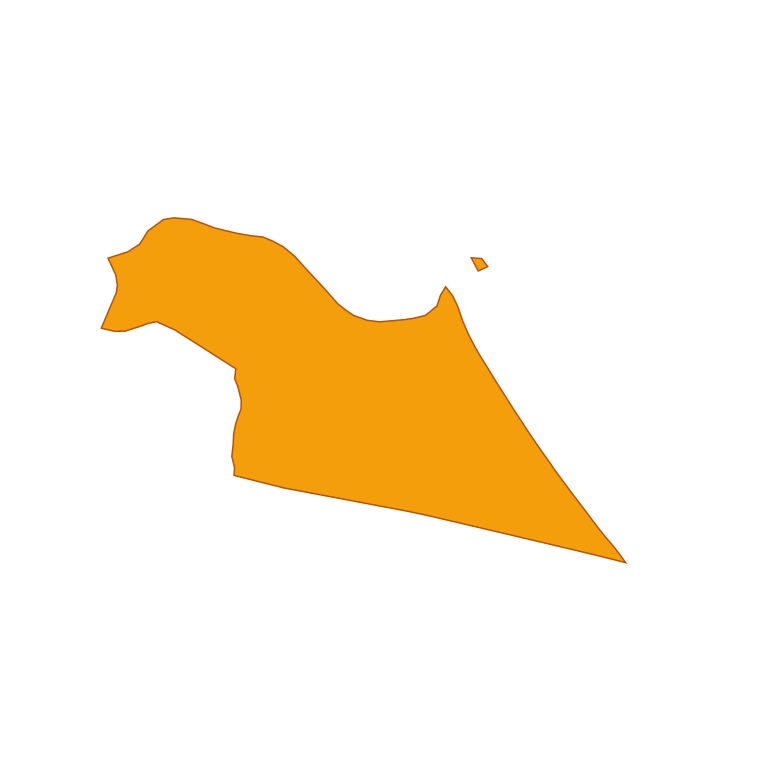 outline of Balneário Barra do Sul, Santa Catarina, Brazil, rotated 303°
{"feature_id": "56859067B13667370892418", "entity_name": "Balneário Barra do Sul", "entity_type": "district", "adm_level": 2, "iso_a3": "BRA", "parent_name": "Brazil", "parent_adm1": "Santa Catarina", "projection": "equal_earth", "projection_center": [-48.641, -26.454], "detail": "fine", "context": "isolated", "style": "filled", "palette": "amber", "viewbox_px": 768, "rotation_deg": 303, "n_neighbors": 0, "source": "geoboundaries", "source_scale": "gbopen_adm2", "svg_char_len": 1237}
<svg xmlns="http://www.w3.org/2000/svg" viewBox="0 0 768 768"><g transform="rotate(303 384 384)"><path d="M365.8,684.0L369.1,675.4L372.5,665.9L375.9,654.3L379.0,644.7L383.4,632.5L386.8,623.4L390.6,612.8L394.5,601.7L399.8,587.6L404.9,573.8L408.7,564.9L413.7,552.1L419.6,538.0L423.0,529.9L427.7,519.3L432.3,508.8L436.0,500.7L443.2,485.0L448.5,473.4L454.1,461.8L460.1,449.0L464.4,440.5L471.9,427.3L479.7,415.7L489.3,403.5L495.3,393.6L499.1,382.8L489.3,383.0L478.2,385.9L464.0,381.4L455.3,373.1L449.2,366.2L433.8,346.5L428.3,335.3L424.9,321.1L425.1,311.7L426.1,301.4L431.9,280.8L437.5,258.1L442.5,239.4L444.2,224.6L443.2,212.6L441.3,202.4L435.7,191.3L430.3,178.7L422.7,157.4L420.1,145.2L417.1,132.6L408.8,117.1L401.7,109.4L383.9,102.7L368.2,102.9L355.4,97.2L339.2,84.0L329.4,99.7L321.4,106.8L314.6,109.8L276.8,116.5L281.5,129.5L287.4,138.1L299.2,147.8L306.0,152.9L312.4,159.4L315.4,178.7L316.1,251.4L307.1,255.9L302.1,263.0L292.7,273.1L284.9,277.8L277.7,279.2L269.7,281.4L260.6,284.9L251.2,290.4L240.3,295.9L232.3,304.4L225.6,307.9L242.5,357.2L290.5,474.0L298.5,495.0L335.4,597.6L354.3,650.6L360.8,669.3L365.8,684.0ZM542.4,397.6L537.3,388.5L530.1,401.5L539.0,407.0L542.4,397.6Z" fill="#f59e0b" stroke="#b45309" stroke-width="1.5"/></g></svg>